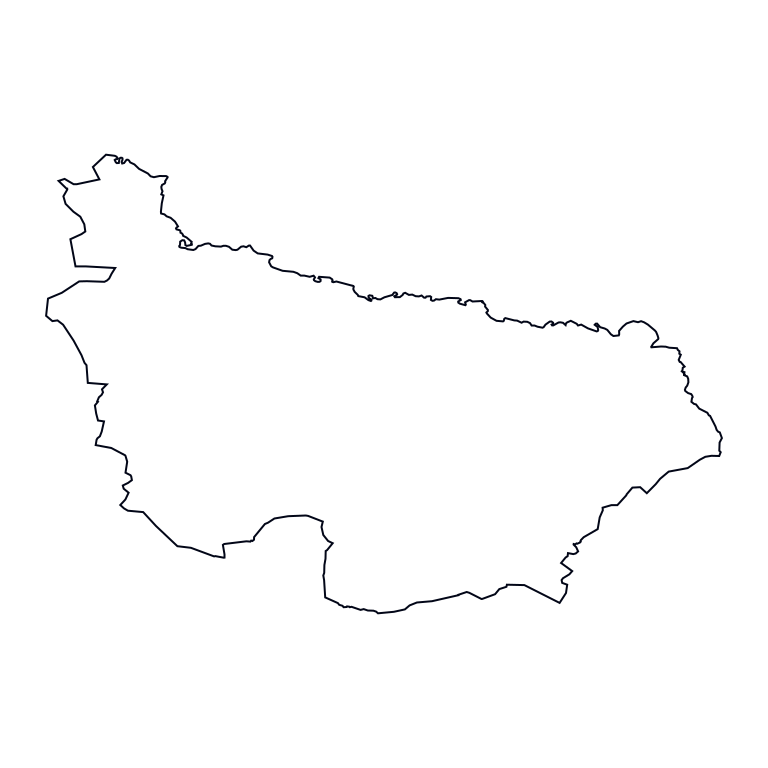 outline of Sakstagala pag., Rezeknes, Latvia
{"feature_id": "27541924B56476396164581", "entity_name": "Sakstagala pag.", "entity_type": "district", "adm_level": 2, "iso_a3": "LVA", "parent_name": "Latvia", "parent_adm1": "Rezeknes", "projection": "equal_earth", "projection_center": [27.122, 56.527], "detail": "fine", "context": "isolated", "style": "outline", "palette": "ink", "viewbox_px": 768, "rotation_deg": 0, "n_neighbors": 0, "source": "geoboundaries", "source_scale": "gbopen_adm2", "svg_char_len": 6085}
<svg xmlns="http://www.w3.org/2000/svg" viewBox="0 0 768 768"><path d="M677.0,348.2L669.2,347.7L665.7,346.7L661.1,346.5L651.4,347.3L651.2,346.9L653.4,343.3L658.2,339.1L658.4,338.2L657.6,335.5L656.1,331.9L654.9,330.5L647.9,324.6L644.1,322.3L641.1,321.2L638.0,322.2L633.4,321.1L626.5,323.5L622.9,326.6L619.1,330.9L619.2,334.3L618.8,335.4L613.4,336.0L610.9,334.3L607.3,329.9L604.7,328.5L600.2,327.2L597.1,323.6L595.7,323.7L594.7,324.8L597.6,327.0L598.2,330.1L597.7,331.1L596.6,331.4L588.0,328.4L581.2,324.6L578.0,325.5L576.7,323.8L570.8,320.8L567.1,322.4L566.0,323.4L565.6,325.1L563.0,322.8L560.3,322.3L558.5,322.5L553.3,325.4L552.1,325.4L551.6,324.6L553.2,323.6L553.1,322.7L551.5,321.5L549.7,321.6L545.5,324.6L543.6,327.2L542.5,327.7L537.5,326.7L534.5,325.5L531.6,325.5L530.0,323.1L527.3,321.8L523.6,321.6L521.6,322.7L517.1,320.6L514.3,320.4L505.3,318.1L504.3,318.8L503.8,320.8L503.0,321.4L496.5,320.8L490.7,317.6L486.8,313.4L486.4,312.5L487.8,311.2L487.9,310.0L485.1,306.6L485.3,305.0L483.9,303.2L482.3,302.3L482.8,301.5L482.2,301.0L472.5,301.5L470.3,300.2L469.1,300.1L465.1,302.3L465.8,304.7L465.4,305.2L459.9,303.7L458.3,302.6L458.2,301.5L460.8,300.0L460.5,299.1L458.4,298.2L448.1,297.9L439.3,299.6L435.9,299.2L434.0,300.6L432.4,300.8L430.9,299.9L431.2,297.0L430.1,296.2L426.4,296.5L425.5,297.7L424.1,297.7L421.6,295.5L418.9,296.4L415.6,296.2L412.3,294.6L408.9,294.9L405.2,292.8L403.4,293.5L402.7,294.9L399.9,297.1L394.9,297.2L394.3,296.3L397.0,294.7L397.2,294.2L396.5,293.0L395.1,292.4L394.1,292.6L392.3,295.0L384.4,297.3L380.4,299.4L377.5,299.2L375.4,298.0L373.1,298.3L372.3,295.8L369.6,295.3L368.5,295.9L368.5,297.1L369.4,298.4L371.4,299.5L371.4,300.6L370.9,301.0L368.4,300.1L364.6,297.3L358.3,296.1L357.8,294.9L354.7,291.9L353.5,289.7L353.3,288.9L353.8,286.6L353.4,286.0L336.4,281.5L333.4,282.2L332.3,281.9L332.1,281.2L332.6,280.4L332.2,279.3L329.7,277.6L319.1,276.8L318.4,278.1L320.6,279.4L320.6,281.0L319.6,281.8L317.8,281.9L315.3,281.2L314.0,280.2L313.8,279.4L315.0,277.4L313.6,275.7L309.7,276.8L304.3,275.6L300.7,275.6L297.3,273.2L293.4,271.8L282.6,270.8L273.0,267.4L271.2,266.3L269.1,262.3L269.5,260.1L270.6,259.0L272.2,258.3L272.5,256.8L272.0,256.0L267.7,254.6L257.7,253.4L253.6,250.6L250.0,245.5L249.0,245.5L246.3,247.2L243.5,246.3L241.1,246.7L237.5,249.7L235.8,250.1L232.3,249.7L229.0,246.8L225.9,245.8L223.4,245.8L221.0,246.6L215.3,246.3L211.5,245.5L210.0,243.8L208.2,243.4L205.0,243.9L200.8,245.7L198.4,245.9L195.5,249.1L193.3,250.0L187.6,249.2L185.4,248.1L181.2,247.7L179.5,247.0L179.2,246.1L180.0,245.0L180.2,241.6L182.3,240.2L184.2,240.4L185.1,242.4L185.4,245.1L186.7,245.9L191.8,244.8L191.9,244.1L191.1,243.4L191.7,241.9L186.6,237.5L183.1,235.8L182.8,234.5L181.8,233.3L180.5,232.7L180.3,230.8L179.7,230.2L176.5,229.4L176.0,228.4L176.4,227.7L178.0,226.4L175.0,221.6L170.6,217.8L166.6,216.3L164.5,214.4L161.1,213.5L160.9,211.9L161.8,203.3L163.5,195.4L161.3,194.4L162.5,191.2L161.6,189.1L161.3,186.9L162.1,184.9L164.8,183.4L165.3,182.1L165.1,181.2L167.6,177.4L167.5,176.8L166.2,176.1L159.6,176.0L153.9,177.2L150.6,176.3L147.9,173.5L139.1,168.9L134.4,164.4L130.2,162.4L129.0,160.5L127.8,159.7L126.5,159.8L124.1,163.0L122.2,163.5L121.6,162.0L122.5,159.8L122.5,158.3L121.9,157.8L120.8,157.7L119.5,158.4L118.8,163.0L116.8,163.1L115.8,162.3L114.7,160.0L115.6,159.3L117.1,159.1L117.5,158.2L116.6,156.7L114.8,155.8L106.0,154.7L92.9,167.0L99.4,179.4L76.8,184.2L73.6,184.2L64.6,178.9L58.6,180.9L66.5,188.6L67.2,188.6L67.3,189.5L63.4,196.3L65.6,203.9L73.4,211.7L80.3,216.7L84.3,224.3L85.3,231.5L81.5,234.1L70.4,239.2L75.5,266.4L85.8,266.4L115.2,268.0L111.6,273.7L109.2,278.5L107.0,280.5L104.4,281.8L86.8,281.2L79.2,281.4L61.8,292.8L48.0,298.6L46.1,315.8L52.4,321.1L57.5,320.4L63.1,324.7L73.6,340.6L81.5,355.2L84.5,362.8L86.5,365.2L87.8,382.9L106.8,384.4L102.0,389.3L103.0,392.3L101.6,394.9L98.9,397.3L97.2,401.4L97.9,401.8L94.9,405.4L96.2,413.6L98.0,420.5L104.0,421.4L101.7,431.6L99.9,436.3L97.5,438.2L96.6,439.7L95.7,445.1L111.3,448.0L125.1,455.3L125.5,455.9L127.2,461.7L125.5,472.7L130.5,475.2L131.2,476.4L131.9,480.1L128.1,482.9L122.8,485.5L123.7,488.7L128.6,492.7L125.4,499.5L120.3,505.0L124.0,508.4L127.9,510.7L143.2,512.1L156.0,526.0L177.4,546.2L190.9,547.8L214.1,556.4L215.3,556.1L223.7,557.7L224.5,557.6L224.5,554.4L222.9,544.9L224.2,544.0L246.4,541.3L250.4,541.6L251.2,540.6L252.4,541.0L254.0,539.7L254.1,537.1L264.9,524.0L268.0,522.7L274.4,518.5L288.2,516.2L305.8,515.5L308.1,515.9L322.8,521.6L321.5,527.0L323.3,535.0L328.1,541.0L332.7,543.2L327.1,550.1L325.7,551.0L325.5,558.8L324.4,565.0L324.2,572.9L323.3,575.5L324.1,580.1L325.2,597.4L337.9,603.1L339.2,604.8L342.5,605.8L343.6,607.2L346.6,607.0L347.0,606.4L349.3,606.7L349.8,607.2L351.5,606.8L360.6,609.9L363.7,609.1L367.8,610.5L373.4,610.7L376.1,611.6L378.0,613.3L393.9,611.8L404.9,609.4L409.6,605.4L416.9,602.5L432.0,601.2L458.4,595.2L458.3,594.8L466.7,592.0L469.3,592.8L481.5,599.0L482.3,598.9L495.1,594.2L499.3,589.1L506.4,586.8L506.9,584.7L524.4,585.1L559.6,602.9L566.0,593.0L567.2,584.7L562.2,582.9L561.6,580.1L563.0,578.2L569.4,574.3L572.2,571.1L561.1,563.0L565.6,557.5L567.6,556.2L568.0,553.1L573.3,554.1L575.7,553.5L578.1,551.4L576.2,547.2L573.6,544.6L573.7,544.0L575.2,544.4L576.5,543.4L577.3,543.7L580.0,542.5L580.7,541.7L580.4,541.3L580.9,540.1L583.7,537.2L597.7,529.1L599.7,517.4L602.8,510.3L602.6,507.7L611.5,505.1L617.4,505.1L626.3,495.3L626.6,494.4L632.4,487.6L640.2,487.2L646.8,493.2L655.7,484.2L660.1,478.8L668.7,471.6L687.7,468.1L699.9,459.7L705.3,456.8L711.5,455.8L719.2,456.0L720.7,452.2L719.3,450.7L719.6,442.5L721.9,438.1L719.8,432.4L718.1,431.7L716.6,429.8L715.5,426.5L710.1,415.9L708.8,415.3L707.4,412.8L699.2,408.6L696.0,404.4L694.0,403.9L691.4,401.8L692.0,398.1L692.7,397.0L692.2,395.6L691.2,394.1L688.1,393.1L685.3,391.0L684.9,389.9L685.7,387.5L687.2,385.7L688.4,382.3L688.2,378.8L687.2,376.4L684.0,375.1L684.0,374.5L684.5,374.2L683.9,373.5L684.3,372.9L683.3,372.4L683.7,372.0L682.5,371.8L681.8,371.2L682.4,370.6L682.8,367.7L684.6,366.6L680.6,362.0L679.7,361.9L678.7,359.9L680.8,354.7L679.3,353.7L679.5,351.3L677.8,349.9L677.0,348.2Z" fill="none" stroke="#020617" stroke-width="2"/></svg>